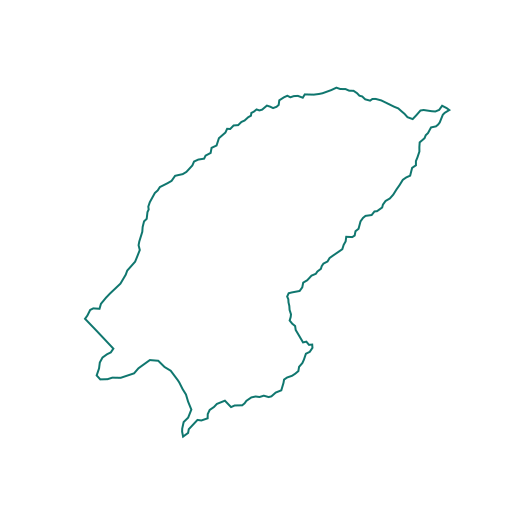 outline of Águas Belas, Pernambuco, Brazil, rotated 15°
{"feature_id": "56859067B72970478778439", "entity_name": "Águas Belas", "entity_type": "district", "adm_level": 2, "iso_a3": "BRA", "parent_name": "Brazil", "parent_adm1": "Pernambuco", "projection": "mercator", "projection_center": [-37.018, -9.099], "detail": "fine", "context": "isolated", "style": "outline", "palette": "teal", "viewbox_px": 512, "rotation_deg": 15, "n_neighbors": 0, "source": "geoboundaries", "source_scale": "gbopen_adm2", "svg_char_len": 2983}
<svg xmlns="http://www.w3.org/2000/svg" viewBox="0 0 512 512"><g transform="rotate(15 256 256)"><path d="M404.9,65.0L401.9,63.8L396.9,62.7L395.1,67.5L391.8,70.0L388.1,70.7L380.1,71.6L377.2,72.9L374.4,78.6L371.9,83.2L366.4,82.7L362.6,80.2L359.4,78.7L355.2,76.6L351.0,76.1L336.7,73.3L331.0,73.3L327.8,74.2L326.0,76.4L320.9,76.4L317.3,74.4L314.4,74.4L311.5,72.6L307.5,71.2L303.2,72.2L299.3,71.6L294.1,72.9L290.1,72.6L285.7,76.3L278.1,81.6L274.9,83.2L270.0,85.2L261.3,87.3L260.2,91.0L255.0,90.5L251.1,91.8L248.1,93.8L244.8,93.1L242.0,95.4L238.2,99.6L238.8,104.2L237.2,106.6L234.2,108.7L231.0,108.1L227.6,107.9L224.0,113.1L221.6,114.5L218.6,114.3L216.5,117.2L214.5,119.0L214.8,121.8L212.6,123.9L209.9,128.1L207.2,130.3L204.9,134.2L200.6,135.7L198.2,140.0L195.2,140.6L194.5,144.7L189.7,151.8L189.3,159.5L185.1,163.0L185.5,168.2L181.3,172.1L180.7,175.4L175.3,177.8L171.7,180.8L171.1,185.0L167.0,192.8L164.0,195.9L159.9,198.0L157.1,199.5L155.0,205.3L151.7,208.6L145.3,214.3L144.1,218.1L142.0,221.3L139.5,231.5L139.2,236.2L140.3,238.9L139.8,241.7L140.8,248.4L138.9,251.5L139.0,257.3L139.9,262.1L139.5,272.2L139.8,276.0L142.2,280.3L141.3,288.1L140.7,292.8L135.4,303.4L135.0,307.8L132.2,317.8L124.7,330.0L121.9,335.1L118.6,342.3L118.5,347.5L112.4,348.7L109.8,351.0L108.5,357.3L107.1,360.9L122.0,369.9L142.2,382.4L140.7,386.7L137.6,389.4L134.0,393.8L132.7,399.3L133.5,405.2L133.0,412.6L137.5,415.5L144.5,413.4L148.7,410.7L156.8,408.7L168.6,400.9L171.5,394.9L174.9,390.7L180.4,384.0L188.7,382.5L196.4,386.9L203.3,388.9L212.6,396.2L214.6,398.0L219.6,403.6L224.2,407.9L228.0,414.1L233.3,421.1L232.3,429.7L229.1,435.1L229.4,441.8L230.1,444.8L232.3,449.3L236.2,444.5L235.9,440.7L241.9,429.5L245.8,429.0L251.3,425.3L250.3,421.2L251.1,416.7L254.5,412.7L256.5,409.0L263.4,403.8L271.0,408.4L274.1,405.9L281.3,403.8L283.1,401.3L284.2,398.4L288.1,393.8L292.0,391.8L295.9,391.3L299.7,388.9L304.7,389.0L307.2,387.6L310.4,382.8L315.2,379.2L315.4,371.5L315.1,368.1L317.5,365.3L321.8,362.4L324.3,359.6L326.7,356.2L326.3,351.9L328.5,347.4L329.1,343.7L329.5,337.5L332.7,334.7L334.3,330.1L333.2,327.0L330.2,328.1L326.8,325.7L323.8,327.3L316.5,320.1L313.5,317.2L311.9,313.5L308.5,312.0L305.2,309.6L305.3,306.0L304.9,303.3L302.4,299.4L301.1,295.6L299.4,292.4L298.4,289.4L296.6,287.1L297.2,283.5L299.9,282.0L303.2,280.4L307.2,278.5L308.8,274.3L308.5,269.5L311.8,266.1L314.7,260.6L318.4,257.7L319.3,255.1L322.0,251.6L322.1,248.8L323.1,245.9L326.5,242.8L327.6,238.9L330.4,235.5L337.6,227.1L337.8,222.5L338.8,218.7L338.2,214.1L344.1,212.8L346.0,210.7L345.7,206.3L348.0,203.2L348.0,195.5L349.5,191.5L351.4,188.9L357.1,186.5L358.9,182.3L361.3,181.4L365.3,176.5L365.3,173.5L366.9,169.3L370.4,165.8L372.7,161.2L374.5,155.3L376.3,150.4L378.1,144.4L380.8,141.2L384.1,138.5L384.0,130.4L387.0,127.0L385.9,122.9L386.4,119.2L386.8,112.8L385.6,108.5L384.7,103.9L388.3,98.6L388.7,95.4L390.3,92.8L391.8,86.5L396.3,84.2L397.9,81.9L398.9,79.5L399.9,71.2L401.2,68.9L404.9,65.0Z" fill="none" stroke="#0f766e" stroke-width="2"/></g></svg>